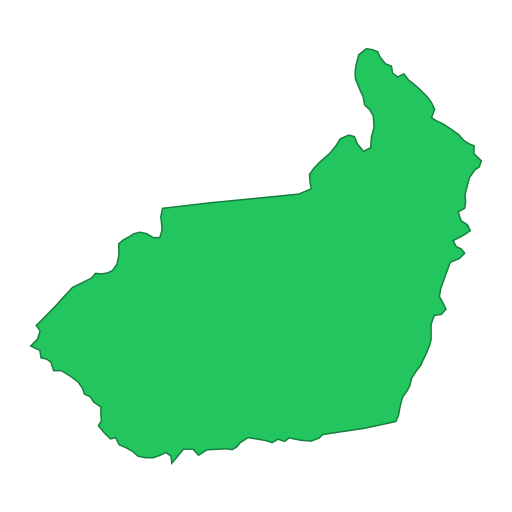 Passa Sete, Rio Grande do Sul, Brazil
{"feature_id": "56859067B88123902402315", "entity_name": "Passa Sete", "entity_type": "district", "adm_level": 2, "iso_a3": "BRA", "parent_name": "Brazil", "parent_adm1": "Rio Grande do Sul", "projection": "robinson", "projection_center": [-52.86, -29.419], "detail": "fine", "context": "isolated", "style": "filled", "palette": "green", "viewbox_px": 512, "rotation_deg": 0, "n_neighbors": 0, "source": "geoboundaries", "source_scale": "gbopen_adm2", "svg_char_len": 2141}
<svg xmlns="http://www.w3.org/2000/svg" viewBox="0 0 512 512"><path d="M400.1,406.5L402.5,397.3L407.1,390.8L409.8,385.8L411.6,378.2L415.9,371.6L420.7,365.4L423.4,359.4L426.3,353.4L429.6,345.5L431.1,339.5L431.1,332.7L431.1,324.2L434.3,315.4L441.2,314.4L446.0,309.2L442.3,301.6L439.4,296.6L440.7,288.7L443.6,280.5L447.7,269.3L450.3,262.3L459.4,258.5L464.7,253.2L461.0,248.8L456.2,246.6L453.1,240.6L461.3,236.5L465.9,233.7L470.3,230.6L467.2,224.6L461.0,220.8L458.3,211.8L464.7,208.3L465.6,202.3L465.1,194.7L466.6,188.5L469.5,177.5L474.9,169.9L479.4,166.8L481.3,160.8L473.9,153.6L474.1,145.8L469.0,143.8L464.2,140.8L458.3,134.2L450.4,128.8L443.1,123.9L436.5,120.9L431.5,117.7L434.6,109.3L431.5,102.7L427.1,96.7L419.4,89.0L414.6,84.8L408.8,80.2L403.7,73.8L397.8,77.0L392.5,73.2L391.5,66.2L385.5,63.8L380.1,57.2L377.8,51.9L372.7,49.7L366.3,48.7L358.8,54.7L357.2,60.7L355.7,66.6L355.1,72.3L355.4,78.6L358.1,85.4L360.5,91.2L363.2,96.8L364.7,105.0L369.7,109.7L373.3,115.9L374.0,127.5L371.4,137.2L370.7,147.6L363.6,151.4L357.4,143.9L354.3,136.6L348.7,135.1L340.2,138.9L335.9,145.8L330.5,152.6L324.7,157.8L318.2,163.6L313.8,168.4L309.5,174.4L310.0,182.1L311.3,188.7L298.8,194.1L211.0,202.7L162.5,208.3L160.8,217.0L161.7,224.2L162.0,230.2L159.8,237.6L153.2,237.6L146.7,233.7L140.3,232.2L133.7,233.8L129.1,236.8L123.5,239.8L118.7,243.8L119.0,254.1L117.1,263.9L112.5,270.5L107.5,273.0L100.8,273.9L95.5,273.3L91.5,278.1L72.5,287.5L61.9,298.8L56.8,304.7L36.3,325.5L40.1,330.8L37.6,339.0L30.7,346.1L39.8,350.3L41.1,357.9L46.7,359.1L51.0,362.2L53.6,370.7L61.4,370.6L71.0,376.6L78.4,382.3L82.5,388.3L84.3,394.0L90.2,396.7L93.7,402.1L100.8,406.9L100.9,415.1L101.4,420.9L98.4,425.7L104.6,433.2L110.5,438.9L115.6,437.6L119.3,444.8L125.4,447.4L132.4,451.2L138.0,456.2L145.4,457.7L153.4,457.7L160.2,455.2L166.0,452.6L171.0,456.1L171.8,463.3L183.5,449.2L193.1,449.2L198.5,455.2L207.0,449.8L225.7,448.8L232.2,449.6L236.7,447.0L240.2,442.6L248.1,437.6L265.1,440.4L272.1,442.6L278.0,439.2L284.7,441.4L289.1,437.9L300.5,440.2L310.8,441.1L318.8,438.3L322.8,434.5L364.9,428.2L395.9,421.5L398.6,414.9L400.1,406.5Z" fill="#22c55e" stroke="#15803d" stroke-width="1.5"/></svg>